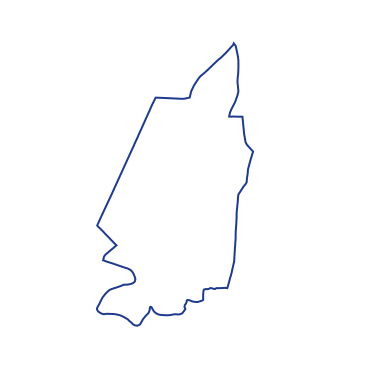 the district of An Phu, An Giang, Vietnam, rotated 209°
{"feature_id": "81297802B41294306698552", "entity_name": "An Phu", "entity_type": "district", "adm_level": 2, "iso_a3": "VNM", "parent_name": "Vietnam", "parent_adm1": "An Giang", "projection": "mercator", "projection_center": [105.093, 10.836], "detail": "fine", "context": "isolated", "style": "outline", "palette": "blue", "viewbox_px": 384, "rotation_deg": 209, "n_neighbors": 0, "source": "geoboundaries", "source_scale": "gbopen_adm2", "svg_char_len": 3741}
<svg xmlns="http://www.w3.org/2000/svg" viewBox="0 0 384 384"><g transform="rotate(209 192 192)"><path d="M236.6,89.2L236.1,89.3L232.1,89.9L227.9,90.8L222.9,91.7L217.8,92.6L213.0,93.5L211.2,93.9L207.9,94.0L206.9,93.7L205.6,93.3L203.6,92.2L201.2,90.3L200.3,89.4L200.0,89.0L199.5,88.6L199.3,88.4L198.6,85.9L199.2,84.2L199.9,83.1L201.1,81.7L203.4,79.8L206.6,77.9L209.4,74.5L212.2,71.4L213.2,70.4L215.5,67.8L216.5,66.6L217.5,64.0L218.5,60.3L218.6,59.5L219.1,56.5L219.0,52.8L218.8,49.4L218.8,47.7L218.8,45.8L218.7,44.4L218.3,43.4L217.5,42.8L216.6,42.2L215.2,41.9L212.8,41.8L211.6,41.9L210.5,42.1L209.4,42.7L207.3,44.3L202.1,46.9L200.2,47.8L196.5,49.0L194.4,49.4L191.9,49.6L190.1,49.6L186.4,49.5L184.6,48.9L182.9,48.6L180.9,48.2L179.9,47.7L178.8,47.7L176.9,47.8L174.9,48.6L173.6,50.4L173.4,50.8L173.3,51.2L173.2,51.8L173.2,56.4L173.1,57.6L172.3,61.9L171.7,63.6L171.5,64.6L171.4,65.8L171.8,68.2L172.1,68.9L172.7,70.3L172.8,71.3L172.2,71.6L171.6,71.6L170.4,70.9L169.2,70.1L168.0,69.4L166.7,68.9L164.7,68.5L162.3,68.6L160.6,69.0L159.1,69.7L157.2,70.5L153.3,72.5L151.4,73.8L149.9,75.1L147.4,77.0L144.9,78.1L143.5,79.0L141.9,80.9L141.6,81.6L141.6,82.3L141.4,83.3L141.2,84.9L141.1,85.7L141.0,86.2L141.2,86.5L141.4,86.8L141.6,87.0L142.4,87.3L142.7,87.6L142.9,88.2L143.2,88.9L143.3,89.2L143.5,89.6L143.5,89.8L143.4,90.3L143.2,91.2L143.3,92.0L143.3,92.8L143.4,93.4L143.8,94.0L143.9,94.7L143.7,95.2L143.2,95.6L142.5,95.9L141.7,96.1L140.7,96.2L139.5,96.3L138.1,96.6L135.5,97.6L134.1,98.3L133.3,99.0L132.3,100.0L131.8,100.5L131.2,101.2L130.5,101.9L130.2,102.4L129.9,103.1L130.5,104.1L131.4,105.7L132.3,107.2L133.0,108.9L134.1,111.3L134.2,112.5L133.8,112.7L133.4,113.3L132.9,113.8L131.5,114.4L131.1,114.8L130.1,115.7L129.6,116.5L128.9,117.2L127.8,117.4L124.9,118.2L124.0,119.8L120.2,121.9L116.4,124.3L114.5,125.0L115.2,128.1L115.9,131.2L116.8,134.4L117.5,137.7L118.2,140.5L118.3,140.9L119.3,144.1L120.1,147.2L120.3,147.7L121.1,150.3L121.3,151.3L122.3,153.5L123.9,156.7L125.4,159.9L126.9,163.0L128.4,166.3L129.9,169.4L131.3,172.5L133.0,175.6L134.7,178.8L136.1,181.9L137.5,184.9L139.0,188.0L139.6,189.1L140.5,191.1L142.8,195.3L145.0,200.3L147.3,205.8L148.8,208.8L149.9,211.5L150.2,212.1L149.6,221.5L149.0,224.8L148.9,227.0L150.4,230.2L152.4,235.5L153.9,238.7L154.9,242.5L156.4,248.6L158.2,257.0L166.7,259.9L167.8,260.5L169.6,261.9L174.5,268.0L184.4,282.3L185.7,281.6L189.9,279.3L192.4,278.1L193.0,277.7L193.3,277.4L193.9,277.1L195.3,276.4L196.1,276.0L197.3,280.0L197.7,283.7L197.8,287.6L197.9,291.5L198.5,295.0L199.1,298.6L200.2,302.5L202.7,306.2L205.4,310.0L207.3,313.7L208.8,317.5L210.9,321.7L213.2,326.0L215.7,330.3L218.3,333.7L221.8,337.8L223.9,340.1L224.5,340.9L227.5,342.2L227.4,341.7L227.4,340.1L228.1,337.5L228.5,335.6L228.7,334.8L228.7,334.7L229.3,332.3L230.0,329.4L230.6,327.6L231.6,324.1L233.4,319.6L234.7,315.4L235.9,311.5L237.1,307.6L238.4,303.6L239.3,301.1L240.8,297.3L241.3,294.4L241.4,293.3L241.7,289.6L241.9,285.9L241.7,282.3L241.5,279.7L241.1,278.1L240.1,274.7L239.8,273.5L241.9,271.6L244.3,269.6L246.4,268.4L251.3,266.0L253.7,264.8L260.8,261.3L268.2,257.6L269.5,256.9L269.5,255.5L269.4,254.3L269.2,249.4L269.0,247.1L268.8,244.8L268.6,242.9L268.5,241.5L268.3,239.2L268.1,236.6L268.0,235.3L267.9,234.1L267.8,232.9L267.7,231.8L267.5,229.8L267.4,228.2L267.3,226.8L267.1,224.8L266.9,222.6L266.8,221.0L266.7,219.9L266.6,218.4L266.4,216.2L266.2,214.5L266.0,212.1L265.9,210.7L265.8,208.9L265.6,206.8L265.4,204.2L265.2,202.8L265.1,200.5L261.1,149.9L259.4,125.3L258.7,116.8L258.3,116.5L250.1,114.2L248.4,113.6L246.2,112.9L245.0,112.6L239.5,110.9L236.3,109.9L232.2,108.7L233.0,106.7L234.0,103.9L234.9,101.8L236.3,97.9L237.3,95.3L237.5,94.0L237.6,93.3L237.5,92.2L237.3,91.5L236.9,90.3L236.6,89.2Z" fill="none" stroke="#1e3a8a" stroke-width="2"/></g></svg>